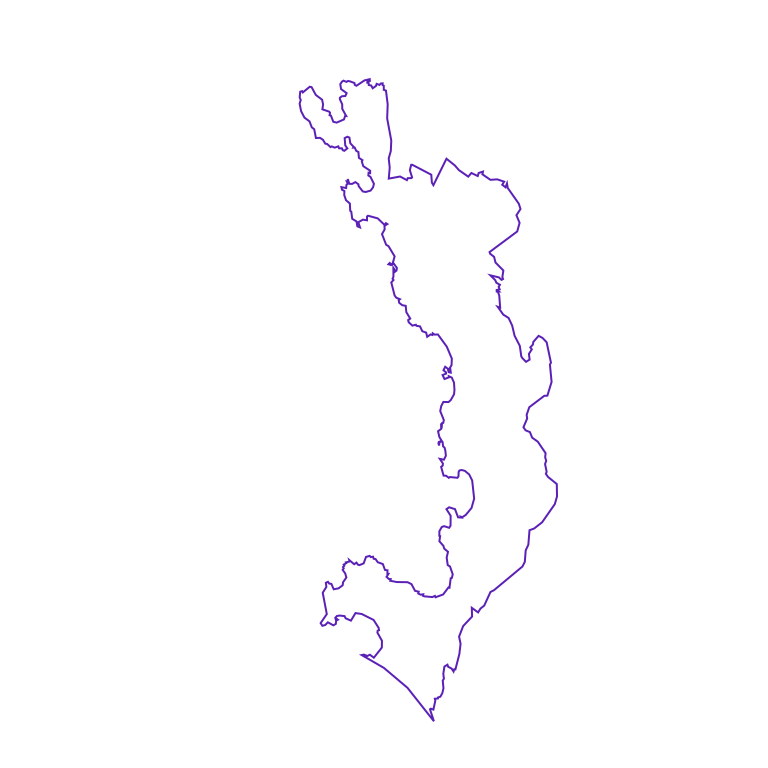 outline of West Mahe, Anse Boileau, Seychelles, rotated 37°
{"feature_id": "34574756B14018612202061", "entity_name": "West Mahe", "entity_type": "district", "adm_level": 2, "iso_a3": "SYC", "parent_name": "Seychelles", "parent_adm1": "Anse Boileau", "projection": "albers", "projection_center": [55.437, -4.697], "detail": "fine", "context": "isolated", "style": "outline", "palette": "violet", "viewbox_px": 768, "rotation_deg": 37, "n_neighbors": 0, "source": "geoboundaries", "source_scale": "gbopen_adm2", "svg_char_len": 6165}
<svg xmlns="http://www.w3.org/2000/svg" viewBox="0 0 768 768"><g transform="rotate(37 384 384)"><path d="M361.5,149.8L362.7,153.8L358.5,153.7L358.2,150.1L351.3,152.4L346.1,156.9L336.4,157.3L335.2,154.8L332.6,158.5L333.7,161.5L326.8,162.9L326.5,167.7L315.1,168.1L308.9,166.8L298.3,166.5L303.8,195.5L301.1,194.4L295.8,188.4L274.7,191.9L273.8,192.6L276.0,197.7L282.1,202.1L282.0,203.1L279.1,205.3L279.6,207.4L272.0,208.6L264.2,217.1L258.3,207.7L252.0,201.0L249.2,193.8L243.3,185.2L226.7,170.0L218.6,158.4L209.0,148.5L206.8,149.2L204.3,145.9L202.9,146.1L202.0,144.7L200.6,145.9L200.4,147.9L197.5,148.7L198.2,150.9L197.0,154.6L194.2,153.3L191.9,154.4L190.4,152.7L189.3,153.4L188.7,152.4L190.3,150.4L189.1,149.1L185.7,153.3L182.5,162.4L180.7,162.7L179.3,161.4L174.9,162.7L172.9,163.6L172.2,165.3L169.1,166.1L168.5,167.6L168.6,170.8L172.2,174.3L179.1,174.2L179.8,177.3L177.3,179.4L176.5,181.8L177.2,183.0L182.3,185.8L185.1,189.4L192.5,192.7L191.6,193.2L192.8,196.8L188.9,203.7L185.7,205.1L180.1,201.6L178.8,202.1L177.6,199.8L176.3,199.5L169.5,201.7L167.1,197.4L163.5,194.2L155.6,194.2L147.5,190.5L145.8,191.3L143.7,200.0L142.3,199.4L141.2,201.0L144.2,205.9L146.6,207.3L147.9,210.9L153.6,216.0L160.1,219.1L166.5,219.1L171.9,222.5L174.9,222.5L181.6,228.5L184.8,225.9L188.3,225.7L192.4,227.4L194.3,226.5L198.7,227.0L199.3,225.7L202.4,224.9L204.5,221.7L206.3,222.8L208.6,221.1L210.4,222.1L212.0,221.6L212.9,217.9L209.5,216.8L204.6,211.3L205.9,208.6L208.1,208.0L212.2,212.0L217.1,212.9L217.2,213.7L218.2,212.8L221.5,214.5L223.9,214.1L227.9,218.5L232.1,218.2L232.4,219.7L236.4,222.5L244.6,222.0L246.0,223.9L244.5,224.5L246.0,226.9L248.5,226.7L255.5,230.2L256.9,233.6L256.9,237.6L253.8,241.7L251.1,243.0L244.6,241.2L243.4,239.9L239.6,240.0L238.1,243.4L235.8,245.0L231.8,242.1L233.0,244.2L232.3,244.6L234.5,245.7L234.1,247.4L235.8,250.3L231.5,252.4L233.5,254.1L236.2,253.7L238.6,257.1L243.1,260.1L248.1,260.4L252.8,266.0L254.2,266.1L259.2,271.2L264.2,270.7L267.8,274.1L270.6,273.4L266.1,270.2L268.3,265.4L271.9,263.5L269.6,260.4L270.0,259.2L279.3,255.5L287.7,256.5L288.8,255.8L288.7,254.4L290.4,254.3L289.2,257.4L291.5,260.2L292.2,265.5L301.9,271.5L304.7,271.2L315.7,275.7L318.5,282.8L317.8,284.0L315.7,283.9L315.5,285.7L318.2,284.7L319.4,282.0L324.4,283.5L325.7,285.9L325.1,288.2L323.2,286.1L321.6,285.6L327.0,292.7L327.5,294.8L329.0,295.2L328.7,298.5L339.2,306.9L341.8,307.7L345.7,306.7L345.3,308.2L347.2,310.0L351.1,310.1L354.3,308.5L358.6,313.2L365.6,316.0L364.8,318.4L366.5,319.8L371.5,320.3L373.8,317.5L374.9,318.0L378.1,316.3L382.8,318.8L386.7,317.6L390.1,320.3L391.4,316.4L393.2,315.7L392.4,314.2L394.7,314.1L397.2,312.0L411.7,316.4L422.9,322.9L426.6,328.3L427.1,333.2L427.9,332.1L430.5,334.7L428.6,335.6L425.8,333.4L422.5,333.4L423.2,337.2L426.6,337.4L427.3,338.4L425.4,341.6L429.3,343.6L431.8,339.7L431.0,338.8L434.3,338.1L439.1,340.8L443.9,346.4L446.1,350.0L447.0,356.7L446.4,359.6L442.2,362.6L443.0,367.2L445.2,371.8L453.5,376.8L454.7,379.4L453.9,380.3L455.6,383.0L454.6,382.8L456.7,385.4L455.6,389.2L460.1,393.0L465.0,395.0L464.5,395.0L464.0,395.3L462.6,397.3L463.4,398.9L465.1,399.9L463.4,397.4L464.5,395.0L465.6,395.0L468.7,398.2L470.7,398.4L473.2,400.4L476.6,404.1L477.4,408.4L473.6,410.2L478.8,412.0L480.0,413.8L479.5,415.8L486.7,421.3L488.8,419.9L492.3,419.9L492.7,418.6L499.1,414.7L499.1,413.0L496.5,409.3L496.3,407.6L497.9,405.9L500.9,404.7L506.5,405.0L512.5,408.0L525.0,421.3L528.5,430.3L528.1,439.3L526.7,443.3L525.7,443.6L526.5,443.9L523.4,445.9L516.0,441.2L510.2,443.3L509.2,446.4L516.5,449.1L522.4,457.1L522.6,459.6L517.5,461.4L516.2,463.5L516.8,468.2L519.6,472.0L520.4,471.7L522.9,476.3L528.8,477.5L531.1,479.2L536.1,479.5L538.5,484.9L543.9,490.3L546.5,490.0L553.5,494.7L554.9,498.1L554.2,499.0L558.9,507.3L557.9,507.6L557.9,516.5L553.5,523.3L552.2,522.6L550.8,525.1L543.8,529.4L542.5,529.7L541.9,528.3L539.9,530.3L537.4,530.7L536.7,529.0L533.3,530.5L526.4,527.3L522.1,528.1L513.5,534.4L507.4,537.4L506.8,535.8L505.2,536.8L502.1,536.5L501.8,533.0L501.0,533.6L498.9,530.7L496.7,531.9L491.4,528.5L486.3,530.1L482.6,528.9L480.9,529.8L479.2,528.5L477.6,530.2L476.0,529.9L473.7,532.9L475.7,539.5L473.4,543.4L471.9,544.0L469.5,543.2L468.6,545.9L462.2,545.5L463.4,546.4L460.9,549.4L461.7,549.8L460.5,552.5L461.7,553.0L461.4,554.9L462.8,555.5L462.8,557.3L467.0,558.6L470.4,561.2L470.6,566.9L472.1,569.6L470.7,574.5L467.4,578.2L462.2,575.3L460.3,576.4L458.3,575.7L457.2,577.7L460.1,580.8L460.7,587.6L476.8,602.2L477.3,613.1L480.3,614.2L482.1,611.9L482.6,608.1L488.8,607.2L489.9,604.6L488.1,601.6L489.0,600.0L487.2,600.0L487.2,601.1L485.8,600.1L486.0,597.7L487.8,595.7L492.2,593.1L494.3,594.2L500.0,592.9L499.1,584.1L504.6,581.1L517.7,578.7L526.5,582.0L528.2,583.6L527.4,584.8L528.3,586.5L536.9,590.3L540.9,595.8L540.6,608.7L535.7,608.7L534.3,611.3L530.8,612.2L529.3,613.9L554.7,610.8L585.6,612.5L626.8,623.3L616.5,616.1L616.8,615.1L619.4,614.3L615.6,606.1L614.0,604.8L616.3,602.7L615.8,601.8L617.2,599.8L616.6,595.7L614.6,591.2L609.4,585.5L609.2,583.3L605.8,579.8L602.3,573.3L603.6,570.0L605.4,571.2L609.3,570.6L612.6,571.8L611.8,569.5L612.8,569.0L606.7,554.3L601.5,545.4L596.0,540.6L592.9,529.7L594.3,516.7L588.8,509.9L596.6,509.8L596.2,505.3L597.4,500.7L594.2,486.0L595.9,482.6L604.4,446.5L603.5,441.3L597.3,431.6L596.0,425.5L588.2,413.2L590.9,409.0L593.5,399.2L592.7,377.1L589.8,369.6L582.2,359.9L570.8,359.5L567.3,358.3L566.8,356.3L560.8,351.0L559.8,347.8L556.8,345.5L554.7,342.0L541.5,337.5L534.6,337.7L529.5,334.6L524.9,335.8L521.4,334.6L519.1,325.4L516.5,322.8L514.0,315.1L519.1,297.0L521.5,295.0L516.6,281.5L504.8,268.6L504.5,266.5L488.8,252.8L482.8,251.8L478.5,252.5L477.9,260.5L479.2,262.9L478.8,266.7L481.2,267.4L481.6,272.7L485.6,276.9L484.1,280.8L479.1,280.1L477.1,279.4L469.5,271.8L459.3,266.9L451.2,260.2L443.8,256.3L437.5,256.8L428.3,253.9L430.8,253.1L422.9,244.1L419.4,241.7L420.2,241.0L418.4,241.0L418.9,243.0L417.4,241.1L419.4,238.8L417.1,237.4L416.9,235.0L412.8,235.5L410.3,234.1L403.6,233.2L411.6,229.7L415.2,230.1L415.9,228.5L414.2,227.4L411.0,221.5L400.0,219.9L395.4,216.2L390.3,216.1L388.9,215.1L398.6,182.0L395.3,173.7L388.2,169.5L387.7,162.1L383.2,158.9L364.9,153.0L361.5,149.8Z" fill="none" stroke="#5b21b6" stroke-width="2"/></g></svg>